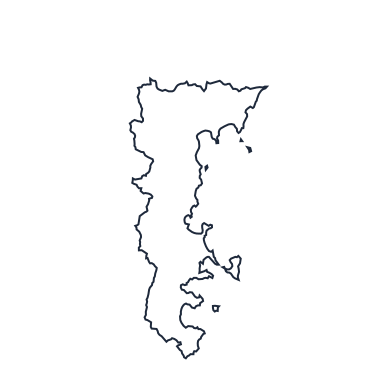 Ubatuba, São Paulo, Brazil (Natural Earth projection), rotated 312°
{"feature_id": "56859067B10562260302703", "entity_name": "Ubatuba", "entity_type": "district", "adm_level": 2, "iso_a3": "BRA", "parent_name": "Brazil", "parent_adm1": "São Paulo", "projection": "natural_earth1", "projection_center": [-45.033, -23.396], "detail": "fine", "context": "isolated", "style": "outline", "palette": "slate", "viewbox_px": 384, "rotation_deg": 312, "n_neighbors": 0, "source": "geoboundaries", "source_scale": "gbopen_adm2", "svg_char_len": 6068}
<svg xmlns="http://www.w3.org/2000/svg" viewBox="0 0 384 384"><g transform="rotate(312 192 192)"><path d="M248.3,85.0L247.0,86.1L245.8,87.8L244.4,89.2L243.0,88.0L242.1,86.7L240.7,85.9L239.7,84.5L238.3,83.8L236.0,84.4L234.7,83.1L233.3,82.2L232.5,84.2L231.3,85.8L229.5,86.8L226.3,87.9L225.2,90.3L223.4,92.3L222.4,95.6L221.1,97.5L220.5,99.3L216.0,101.9L214.3,103.7L213.8,106.4L212.1,108.0L210.2,107.9L209.6,106.0L208.6,104.7L207.1,101.1L204.2,100.2L202.8,100.3L201.4,99.9L200.5,102.1L199.1,103.5L196.7,104.8L196.1,106.5L196.6,108.2L196.6,110.6L195.7,112.2L194.2,113.1L192.8,113.2L191.6,114.8L189.1,117.4L187.8,118.3L187.5,119.9L186.1,121.6L187.8,127.5L189.2,129.3L187.9,132.7L188.5,136.0L190.0,140.9L188.8,142.6L185.6,142.9L183.5,143.5L182.3,144.7L178.7,146.5L176.9,146.5L174.7,145.9L173.2,146.9L172.3,145.0L170.5,144.4L168.2,145.3L163.1,141.3L162.5,139.0L160.9,140.3L158.8,141.5L159.1,143.1L160.3,146.0L159.5,147.8L159.3,150.1L160.9,151.8L158.4,153.1L158.5,157.0L160.0,158.0L161.8,160.9L162.5,163.2L162.2,165.5L160.9,166.2L158.2,164.6L157.0,165.9L153.5,167.5L150.6,168.1L148.3,171.4L146.9,171.3L145.3,170.5L139.1,169.3L132.2,173.8L130.8,173.6L128.9,172.5L128.4,174.5L127.1,175.9L127.2,179.3L125.8,182.8L124.4,184.3L120.9,185.6L120.2,186.9L118.5,188.1L117.2,189.8L115.1,189.7L113.1,191.6L115.1,193.6L116.0,199.8L114.1,200.7L112.0,202.3L113.2,203.1L111.3,206.9L110.9,208.6L112.2,209.7L112.6,212.0L112.1,214.0L112.0,216.6L110.1,217.8L106.9,219.2L104.3,220.9L102.7,221.2L99.5,223.5L97.8,223.4L96.0,224.6L92.8,224.7L90.7,225.5L86.9,228.0L83.7,229.7L81.7,230.2L80.6,231.9L79.0,232.9L77.3,233.6L76.4,235.5L72.1,237.8L69.8,240.0L67.2,240.6L66.1,242.8L67.0,244.6L67.8,248.8L64.2,251.6L63.5,253.4L66.5,257.3L65.8,259.3L64.4,261.5L64.1,263.5L64.5,265.9L63.6,273.2L65.6,273.4L68.5,275.0L70.0,275.0L71.0,277.2L71.4,279.7L70.9,282.6L72.6,283.9L71.4,285.7L68.7,284.3L67.3,284.1L66.5,288.7L66.8,290.7L65.4,292.7L64.8,295.3L63.9,296.7L64.3,298.7L66.9,298.5L68.5,299.2L70.5,299.4L72.4,301.6L73.7,300.6L75.2,300.2L76.3,301.8L80.3,301.7L81.6,299.3L83.5,297.4L85.3,296.2L87.1,296.0L88.9,296.6L90.4,295.8L94.1,295.4L95.4,296.1L96.5,294.1L95.8,290.0L94.4,288.5L95.1,286.5L93.3,286.1L92.3,284.6L92.5,282.5L89.8,278.9L87.0,278.2L86.9,275.3L87.8,271.6L89.0,269.0L91.6,266.3L93.7,265.6L95.6,263.8L97.8,262.5L99.9,261.7L102.0,261.4L103.5,261.5L105.1,262.2L105.4,263.7L106.7,265.6L106.1,269.3L107.4,271.8L109.7,271.4L111.6,272.2L113.0,273.7L114.8,272.4L118.4,273.2L119.7,271.4L120.2,266.9L118.5,267.8L116.7,266.5L116.3,264.1L117.4,259.3L116.1,257.4L114.5,256.9L113.3,255.8L113.7,251.5L112.6,249.8L113.5,247.6L115.3,246.2L117.2,246.9L118.0,249.0L119.6,250.0L120.7,248.9L122.4,249.4L124.3,248.9L126.4,248.8L127.1,250.6L129.4,250.8L131.1,252.7L131.5,255.2L134.4,258.0L136.2,258.7L137.4,259.6L138.4,261.4L140.8,261.0L141.7,264.7L143.9,263.7L144.1,261.5L143.6,258.9L142.8,256.7L143.8,255.0L141.5,254.2L136.8,251.6L138.5,250.5L140.3,248.8L142.8,247.2L144.3,245.0L145.8,245.0L146.0,248.1L149.3,246.0L152.6,246.4L154.1,246.9L155.1,248.0L154.1,257.1L154.6,259.1L155.9,260.5L157.0,255.1L158.3,253.4L158.4,251.6L162.3,246.5L160.4,246.3L159.5,244.2L160.0,241.5L161.0,238.7L162.8,235.1L164.2,233.0L165.5,231.7L166.9,231.7L167.9,230.7L169.5,231.3L171.4,229.6L173.1,228.7L176.4,229.2L177.5,230.1L179.1,230.5L180.6,229.1L179.9,227.5L178.0,227.0L177.0,221.8L175.3,221.4L173.8,222.0L172.2,223.6L170.7,225.6L168.9,226.8L167.1,226.6L164.3,223.3L163.1,221.2L162.3,218.8L161.8,214.6L162.0,212.9L165.8,211.4L164.1,208.3L164.7,206.8L166.2,205.0L167.7,204.1L169.3,203.8L170.9,204.1L172.3,204.7L172.7,206.4L171.9,208.1L173.4,208.4L174.4,206.9L175.8,206.6L176.5,204.7L178.0,203.0L180.1,202.5L182.2,202.3L183.6,202.9L183.6,204.6L185.0,204.7L187.4,204.5L188.5,202.4L189.7,201.4L190.0,199.4L191.2,196.7L195.3,194.1L197.5,193.2L199.5,193.7L201.3,192.9L202.9,194.0L205.1,193.7L207.3,190.5L207.6,188.3L209.2,187.0L211.0,186.6L212.3,184.3L213.4,183.0L214.8,182.7L216.5,182.8L217.7,181.9L217.5,179.6L218.7,174.0L221.6,170.3L224.8,169.0L229.2,167.9L231.1,166.7L234.1,163.4L234.8,162.0L235.4,159.9L236.8,158.2L238.7,157.8L243.0,158.9L245.1,159.9L246.6,160.8L247.9,162.7L248.8,164.5L249.0,166.2L246.2,169.7L245.5,171.7L246.4,173.5L246.1,175.7L244.6,177.5L245.9,178.7L247.7,177.0L248.6,174.7L250.1,173.9L252.2,174.1L254.6,171.7L256.4,170.9L258.3,170.8L262.6,172.2L266.6,173.9L267.9,174.9L269.0,176.0L270.1,178.1L269.2,180.9L269.0,183.0L267.3,184.9L267.0,187.1L268.6,187.5L270.8,187.0L272.8,186.3L273.8,187.4L275.0,186.6L276.9,184.8L278.8,184.0L285.1,182.4L286.7,180.8L287.0,178.4L288.9,177.4L291.1,177.5L294.5,178.2L295.1,181.0L296.5,181.2L301.8,179.0L303.2,179.0L304.4,178.2L309.3,176.2L311.6,175.8L313.9,175.6L315.8,176.0L318.2,177.2L320.5,177.2L319.1,175.6L317.2,174.8L315.2,172.1L312.8,170.0L307.5,166.3L307.1,164.1L306.1,161.9L304.6,161.9L301.4,160.0L299.7,160.2L298.2,159.4L298.5,157.1L297.6,155.1L296.1,153.6L297.6,147.6L296.2,146.2L294.9,145.6L293.8,144.6L293.2,143.0L293.4,140.7L293.2,138.2L284.9,133.1L284.1,131.7L283.8,129.7L281.7,130.7L278.3,133.1L275.0,133.4L275.3,130.9L276.2,127.7L274.0,124.6L274.2,122.2L272.7,120.9L271.3,120.4L268.9,118.0L270.0,115.9L270.5,114.2L268.0,114.0L266.3,112.7L265.1,111.4L263.5,110.5L261.8,109.9L259.9,109.9L256.5,110.6L254.9,110.6L253.5,109.9L251.2,107.3L250.0,103.7L247.3,102.3L246.1,99.0L245.8,97.2L246.6,95.1L249.2,92.3L250.0,90.4L248.5,88.3L248.3,85.0ZM157.1,267.8L155.8,270.2L155.9,272.1L157.1,273.7L157.4,275.5L156.4,279.6L156.6,281.7L157.9,285.5L159.0,283.5L160.5,282.1L164.1,280.4L166.3,277.9L167.6,276.0L171.1,275.4L175.1,272.8L175.5,269.2L173.6,269.0L172.8,267.6L168.6,265.6L166.6,265.6L165.7,267.7L165.3,269.9L163.9,271.6L161.3,272.0L159.4,271.4L158.1,270.1L157.1,267.8ZM120.8,290.7L123.5,288.5L125.1,288.5L122.8,285.2L121.3,283.8L119.9,285.1L118.5,287.0L118.4,288.9L120.0,289.4L120.8,290.7ZM261.9,208.6L263.7,205.8L262.3,203.1L261.5,206.2L260.1,207.9L261.9,208.6ZM217.7,187.4L220.6,187.2L221.6,185.6L219.6,185.2L217.7,187.4ZM263.9,193.1L262.2,194.0L263.4,195.3L263.9,193.1ZM157.1,267.8L157.9,266.0L156.6,265.1L157.1,267.8Z" fill="none" stroke="#1e293b" stroke-width="2"/></g></svg>